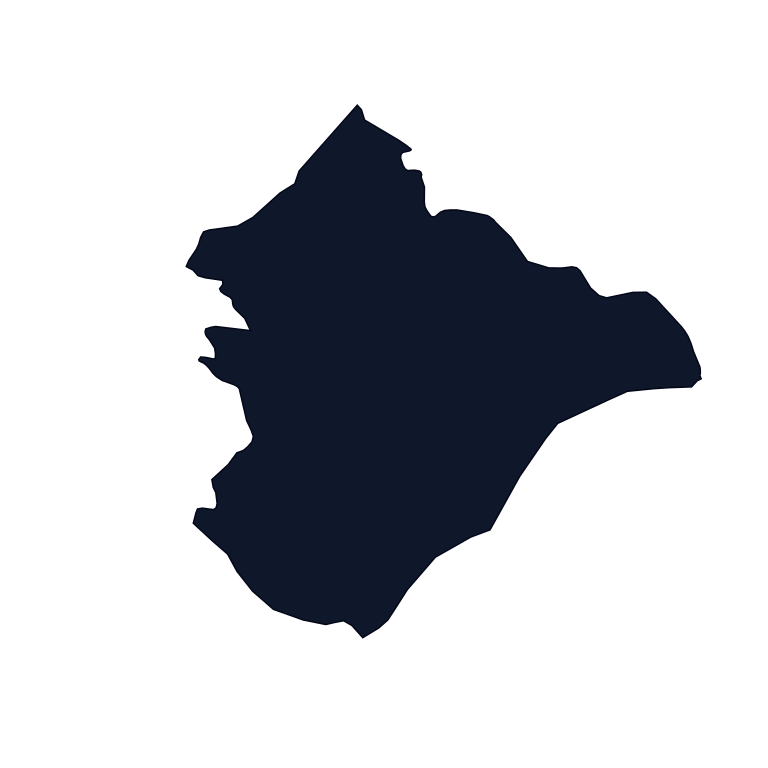 an SVG outline of Mayabeque, rotated 311°
{"feature_id": "CUB-5489", "entity_name": "Mayabeque", "entity_type": "Province", "adm_level": 1, "iso_a3": "CUB", "parent_name": "Cuba", "parent_adm1": "", "projection": "equal_earth", "projection_center": [-81.981, 22.888], "detail": "fine", "context": "isolated", "style": "filled", "palette": "ink", "viewbox_px": 768, "rotation_deg": 311, "n_neighbors": 0, "source": "natural_earth", "source_scale": "10m", "svg_char_len": 2091}
<svg xmlns="http://www.w3.org/2000/svg" viewBox="0 0 768 768"><g transform="rotate(311 384 384)"><path d="M342.9,157.7L349.5,155.6L362.6,154.0L368.3,152.3L374.4,149.4L380.5,148.0L386.0,151.4L407.1,169.9L423.8,175.8L459.9,180.2L476.6,185.3L489.1,180.2L576.9,180.9L576.2,187.0L570.5,196.2L577.7,235.7L578.8,245.3L578.9,250.5L578.0,250.9L576.5,250.2L571.1,246.2L568.2,246.3L565.3,248.4L561.3,255.3L560.2,259.0L560.6,261.8L565.4,266.7L567.9,270.8L568.0,272.9L566.7,275.1L564.5,276.3L559.2,285.3L547.8,295.0L544.7,298.5L544.4,299.0L543.8,300.5L542.8,303.3L541.4,309.1L542.3,311.5L544.3,312.9L550.5,313.8L554.6,315.8L558.7,319.7L563.2,324.8L572.3,339.6L578.9,351.5L579.4,353.9L579.8,359.0L579.2,362.1L577.8,383.7L570.6,411.9L579.8,432.3L588.4,442.4L595.7,448.9L598.1,453.0L598.1,457.7L592.0,476.8L591.8,488.3L595.1,495.5L616.4,511.7L625.5,521.9L626.6,533.1L622.3,571.3L621.2,576.6L619.4,582.2L616.2,588.8L611.4,596.6L604.2,611.1L602.3,613.3L599.8,615.6L597.9,616.7L597.4,617.2L596.8,618.4L596.0,620.0L592.0,618.3L583.6,618.0L568.2,601.5L557.6,590.8L538.1,572.4L518.3,563.3L468.2,540.9L448.5,541.8L403.4,547.0L343.5,559.7L325.4,549.9L287.1,536.4L244.3,536.5L220.5,540.0L208.2,541.7L196.5,540.1L178.6,534.4L180.7,518.3L178.8,508.8L171.4,503.0L164.3,497.9L152.9,477.8L141.4,448.5L141.4,420.8L146.1,396.1L153.0,377.6L153.0,357.6L153.8,331.4L163.0,326.8L167.3,325.2L171.2,328.4L177.3,337.7L180.4,338.5L184.3,336.5L191.7,328.3L193.9,323.0L198.9,316.8L221.0,319.3L235.5,318.1L241.4,321.4L247.0,322.3L253.7,322.3L258.6,319.9L262.0,314.1L266.3,304.3L285.4,278.0L285.9,275.2L285.2,271.6L280.5,259.5L279.6,252.9L279.8,248.1L281.2,241.7L281.6,237.9L281.5,234.3L280.6,231.4L280.2,229.3L280.8,228.2L284.1,227.9L287.2,232.1L291.2,239.2L293.1,239.6L296.4,236.8L300.0,232.6L302.9,223.1L303.5,219.1L304.5,216.6L306.4,214.4L308.7,213.4L313.7,216.5L317.0,219.3L336.7,248.2L342.2,235.8L342.9,223.1L343.6,219.7L345.0,217.5L348.0,214.3L348.5,211.1L347.0,204.3L346.8,200.1L348.1,197.4L353.4,197.1L356.3,194.1L346.9,179.4L343.7,172.6L344.7,165.0L342.9,157.7Z" fill="#0f172a" stroke="#020617" stroke-width="1.5"/></g></svg>